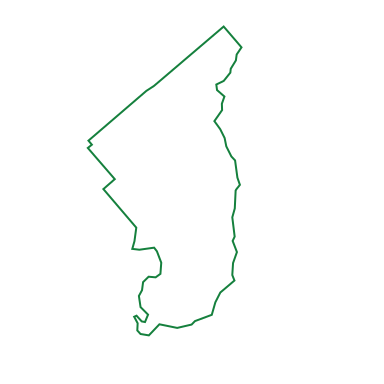 Monroe, Alabama, United States of America (Robinson projection), rotated 320°
{"feature_id": "52423323B79437263897554", "entity_name": "Monroe", "entity_type": "district", "adm_level": 2, "iso_a3": "USA", "parent_name": "United States of America", "parent_adm1": "Alabama", "projection": "robinson", "projection_center": [-87.413, 31.53], "detail": "fine", "context": "isolated", "style": "outline", "palette": "green", "viewbox_px": 384, "rotation_deg": 320, "n_neighbors": 0, "source": "geoboundaries", "source_scale": "gbopen_adm2", "svg_char_len": 961}
<svg xmlns="http://www.w3.org/2000/svg" viewBox="0 0 384 384"><g transform="rotate(320 192 192)"><path d="M111.3,292.8L128.2,298.8L139.0,291.5L149.1,287.2L167.6,287.1L169.5,281.5L177.8,272.8L187.8,266.9L191.7,255.6L196.0,253.6L206.6,237.3L214.2,232.1L226.4,218.9L227.9,218.4L233.3,217.3L236.0,210.2L245.3,195.5L245.0,190.1L247.6,179.1L251.7,171.6L254.0,162.0L254.7,152.1L267.7,148.6L271.6,143.6L278.2,139.7L276.7,130.0L279.7,125.3L287.7,127.3L298.1,125.2L300.9,122.5L310.2,119.4L314.6,115.4L322.9,113.0L322.6,85.6L231.1,86.3L222.0,85.2L145.7,86.1L145.7,91.4L140.5,91.3L141.1,132.5L126.0,132.8L126.4,183.5L116.3,192.7L109.7,197.2L114.6,202.4L127.2,210.3L127.0,214.9L123.0,226.4L115.2,234.4L109.3,234.0L104.3,229.0L96.6,229.6L90.6,235.1L84.5,237.5L78.6,247.1L79.5,257.7L72.4,261.4L70.3,258.8L70.0,251.1L67.5,250.4L66.0,257.6L61.1,262.9L61.3,267.7L66.8,274.1L82.0,272.4L93.3,286.6L106.5,293.3L111.3,292.8Z" fill="none" stroke="#15803d" stroke-width="2"/></g></svg>